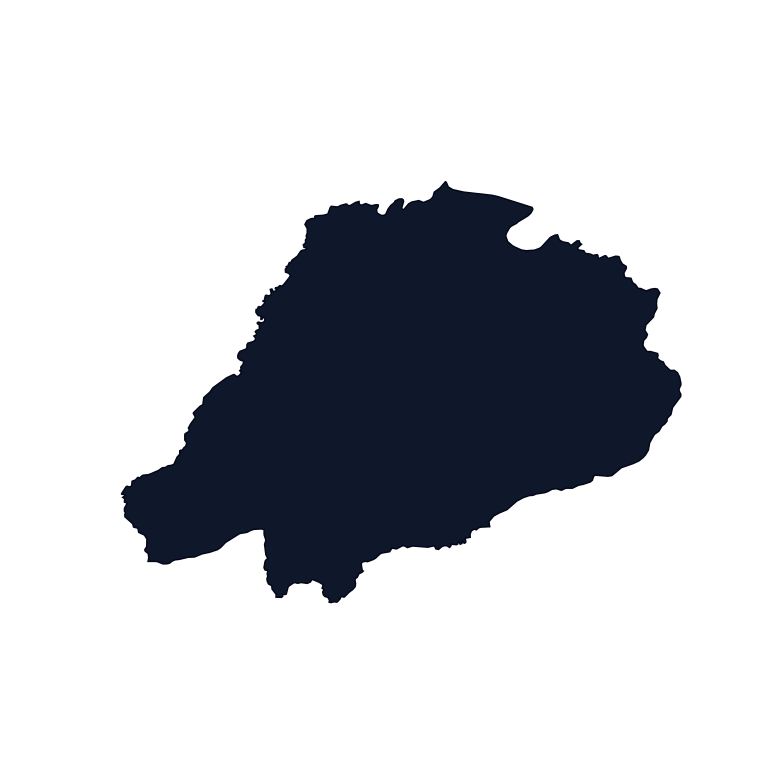 outline of Balboa, Risaralda, Colombia, rotated 248°
{"feature_id": "7082276B7209337263297", "entity_name": "Balboa", "entity_type": "district", "adm_level": 2, "iso_a3": "COL", "parent_name": "Colombia", "parent_adm1": "Risaralda", "projection": "equal_earth", "projection_center": [-75.945, 4.923], "detail": "fine", "context": "isolated", "style": "filled", "palette": "ink", "viewbox_px": 768, "rotation_deg": 248, "n_neighbors": 0, "source": "geoboundaries", "source_scale": "gbopen_adm2", "svg_char_len": 6147}
<svg xmlns="http://www.w3.org/2000/svg" viewBox="0 0 768 768"><g transform="rotate(248 384 384)"><path d="M548.5,516.7L544.7,509.1L543.1,502.5L539.5,499.8L538.1,497.5L537.5,495.1L537.5,488.6L541.0,485.0L542.3,477.8L541.8,474.3L538.5,468.1L538.5,466.8L540.4,466.2L545.8,470.5L547.5,470.8L548.9,470.0L549.9,467.2L549.6,463.0L548.3,461.5L547.0,457.2L544.8,453.5L540.9,449.4L540.3,447.6L541.3,444.6L545.0,441.7L548.4,442.3L550.8,445.2L552.3,445.7L553.2,444.0L554.0,439.1L558.1,434.7L558.3,429.8L560.1,428.5L562.6,429.2L563.0,425.8L562.1,419.4L562.8,417.6L564.6,417.0L565.2,416.0L565.8,410.4L565.4,407.5L568.5,401.7L567.8,400.3L562.6,395.6L563.1,391.1L565.6,383.3L565.0,382.4L563.5,382.2L564.6,378.2L564.3,373.8L561.6,370.5L557.0,371.1L552.9,369.5L550.2,367.2L548.6,367.4L546.9,365.1L544.2,364.1L543.3,361.3L540.7,361.0L539.2,363.0L538.4,363.2L537.9,361.3L538.6,358.6L538.4,356.6L534.9,351.4L533.3,345.2L531.8,343.6L532.0,341.6L529.5,339.1L529.4,337.3L528.3,337.4L527.4,335.5L524.6,334.6L522.3,337.2L519.7,337.9L518.0,335.7L513.8,328.3L513.0,326.1L514.2,324.3L513.3,321.7L513.9,319.5L513.0,318.9L511.7,320.2L510.8,318.0L511.3,315.9L514.1,315.6L514.3,314.0L510.3,313.4L509.1,312.6L508.8,310.4L510.5,308.0L510.2,307.0L507.9,305.3L506.2,305.3L506.6,303.3L506.1,302.8L504.5,304.2L503.8,303.9L501.5,299.0L501.6,298.2L502.4,297.7L502.6,296.3L500.9,294.8L501.0,293.3L498.6,292.1L497.0,292.3L494.6,293.0L493.1,295.4L490.0,294.1L489.7,294.9L491.2,297.6L489.4,298.1L487.4,297.2L486.5,295.6L486.5,293.3L488.5,290.7L488.3,289.5L487.4,289.2L485.6,290.4L482.1,289.3L481.5,288.7L481.4,285.6L480.6,284.2L478.1,284.9L477.5,284.1L477.2,281.3L474.8,282.2L472.9,281.0L472.3,278.7L472.9,273.1L471.7,271.6L469.6,270.8L468.1,269.4L468.2,262.7L466.8,260.5L464.8,258.9L462.7,258.3L460.1,259.6L458.2,261.9L457.2,262.1L455.2,260.8L453.3,257.5L451.1,257.0L450.4,255.2L448.4,256.1L447.1,254.8L446.1,252.8L445.9,251.0L446.6,249.9L448.8,248.7L449.1,247.7L448.7,240.4L444.6,224.0L441.7,219.5L439.0,211.9L432.7,208.3L432.2,204.9L428.8,196.7L428.2,196.2L423.8,196.7L419.4,189.7L416.5,186.2L414.3,186.2L413.1,185.1L412.4,181.1L411.8,180.4L406.6,178.3L403.4,179.1L400.6,176.9L399.8,174.5L398.2,172.2L398.8,170.5L398.6,169.6L395.4,168.3L393.6,164.6L388.3,159.2L388.2,156.6L389.1,153.0L388.5,150.2L389.4,146.9L388.3,142.5L388.1,132.0L389.7,126.3L389.2,124.1L388.1,122.2L389.3,121.5L389.6,120.5L388.1,117.6L388.2,114.0L384.7,112.2L383.7,111.0L384.0,109.2L385.4,107.6L385.4,106.4L380.7,99.7L380.2,99.5L378.2,102.3L377.3,102.0L376.8,99.3L374.7,100.6L371.8,99.1L369.7,101.3L366.1,96.9L363.3,95.7L361.3,96.1L360.2,94.8L357.8,94.1L348.5,98.7L345.2,98.2L342.5,101.8L338.3,101.0L333.7,105.3L329.1,106.1L322.1,103.1L319.9,100.1L318.4,100.0L315.1,101.9L311.0,100.8L307.9,98.8L304.6,106.9L300.0,111.7L298.7,115.1L298.2,117.8L299.3,122.0L299.2,124.6L298.1,128.6L296.7,137.7L294.6,143.5L294.7,151.5L293.3,159.4L292.8,167.6L293.6,171.3L296.5,177.8L299.4,194.2L297.8,201.3L298.2,205.3L298.0,208.9L295.6,216.0L293.9,218.3L289.1,216.4L283.5,216.0L280.0,213.2L269.9,210.5L265.7,210.9L265.2,208.9L264.2,207.4L258.6,203.9L256.1,204.1L254.7,206.1L254.0,206.1L251.7,204.6L249.3,204.2L247.3,202.5L245.0,201.9L241.9,202.0L239.0,204.4L235.8,203.4L229.3,205.2L226.8,204.0L224.6,209.0L225.0,210.5L226.9,211.2L225.9,213.4L225.9,214.7L231.7,219.0L232.4,220.4L233.5,225.9L233.0,227.5L231.6,229.1L231.0,232.8L227.9,238.1L228.0,241.6L229.5,243.5L229.3,244.8L224.6,249.5L221.0,252.2L219.1,251.4L218.0,250.1L216.1,251.3L214.0,249.2L211.3,248.8L209.2,249.5L207.3,252.0L204.1,252.5L202.2,251.4L201.2,253.0L200.7,256.4L199.5,258.3L199.5,259.3L201.2,262.7L202.6,264.0L202.7,265.3L201.4,267.0L201.5,267.8L203.9,273.3L205.3,278.4L206.9,281.3L209.4,282.8L213.3,283.7L214.4,284.7L214.8,286.8L217.5,289.7L217.6,292.8L218.3,294.7L219.4,294.0L223.9,295.0L225.8,295.6L227.1,296.9L226.6,300.2L225.4,302.3L225.3,308.5L225.7,310.9L227.9,316.5L228.1,318.5L226.4,326.4L228.9,329.9L226.4,333.8L227.1,340.8L225.8,342.8L223.6,344.4L223.1,349.8L216.2,363.7L215.4,369.1L214.7,370.2L211.8,370.3L210.2,372.5L211.6,376.9L211.5,379.5L210.3,381.9L207.9,383.6L208.9,385.4L210.3,386.3L207.9,391.0L208.0,392.4L209.6,393.4L209.8,394.3L206.9,394.6L206.9,396.4L208.5,397.0L209.1,398.2L207.1,398.1L206.2,399.1L206.4,400.2L207.3,400.9L209.7,401.2L210.5,401.9L209.6,406.5L212.4,407.5L215.1,409.9L215.7,413.0L214.2,415.2L215.2,417.6L215.1,419.9L212.1,428.6L216.4,429.5L217.4,430.3L220.5,436.1L221.3,442.8L221.4,450.8L225.7,463.3L226.5,470.6L226.1,477.1L225.0,480.4L225.0,484.1L223.1,492.0L222.9,495.3L223.5,500.3L222.3,504.7L219.0,508.7L219.3,513.5L216.8,519.7L217.3,526.4L216.4,531.0L215.9,538.5L216.7,541.1L219.9,543.7L220.3,545.8L214.7,557.0L213.7,560.9L217.5,572.7L216.9,585.2L217.2,591.6L218.7,596.5L220.2,599.7L223.6,604.3L229.9,608.2L235.4,615.0L236.1,616.2L237.3,621.2L241.0,626.1L241.7,629.1L243.4,632.3L246.1,633.8L248.2,638.6L254.1,642.7L261.2,654.3L263.0,655.3L267.0,655.1L268.9,655.7L271.9,658.9L273.7,659.6L279.8,660.7L284.6,660.3L287.9,658.3L289.3,654.5L296.1,651.4L299.8,651.2L301.8,649.0L304.8,647.3L305.9,647.4L307.8,648.8L309.8,649.1L314.4,643.0L315.4,640.1L321.3,638.6L323.3,638.8L327.1,641.0L328.9,644.7L331.2,646.8L336.2,646.0L340.7,649.0L345.2,659.0L348.0,660.8L351.9,665.4L356.2,666.6L360.4,668.7L365.1,673.9L369.6,673.1L371.1,670.6L371.9,667.1L372.1,661.9L376.3,657.8L377.5,655.4L381.7,654.5L384.9,652.5L389.5,652.6L392.0,647.8L393.5,647.2L397.1,648.0L400.4,652.0L402.3,652.6L406.1,649.9L410.3,649.3L413.6,649.7L414.6,648.9L415.7,646.6L416.3,639.4L416.8,638.7L419.7,637.8L420.2,636.7L419.8,631.0L420.1,629.7L423.0,630.5L424.1,630.1L425.0,625.9L427.2,624.0L429.7,619.6L432.7,619.2L434.8,615.5L436.6,614.1L438.1,615.2L439.6,619.5L441.3,618.5L443.6,618.6L444.4,616.5L442.4,609.3L445.8,607.7L448.6,603.3L451.0,601.1L452.5,600.6L457.3,600.8L458.0,598.2L457.6,593.1L452.0,581.3L451.5,578.9L451.7,573.6L454.3,565.7L456.7,561.7L461.3,557.2L464.2,554.8L469.7,552.0L475.7,552.3L477.8,553.8L481.8,558.8L482.7,561.1L483.3,566.9L484.1,568.9L486.0,580.4L487.3,583.9L489.7,587.0L490.8,587.6L492.3,587.4L515.1,559.8L518.4,555.0L532.0,529.9L538.3,520.7L542.6,517.4L547.8,517.3L548.5,516.7Z" fill="#0f172a" stroke="#020617" stroke-width="1.5"/></g></svg>